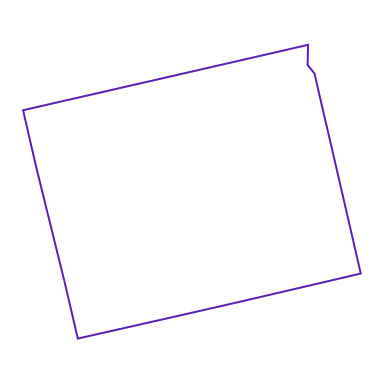 Saline, Kansas, United States of America (Mercator projection), rotated 347°
{"feature_id": "52423323B92463309420457", "entity_name": "Saline", "entity_type": "district", "adm_level": 2, "iso_a3": "USA", "parent_name": "United States of America", "parent_adm1": "Kansas", "projection": "mercator", "projection_center": [-97.646, 38.784], "detail": "fine", "context": "isolated", "style": "outline", "palette": "violet", "viewbox_px": 384, "rotation_deg": 347, "n_neighbors": 0, "source": "geoboundaries", "source_scale": "gbopen_adm2", "svg_char_len": 336}
<svg xmlns="http://www.w3.org/2000/svg" viewBox="0 0 384 384"><g transform="rotate(347 192 192)"><path d="M45.8,133.2L47.6,250.5L47.8,309.1L163.9,309.6L222.0,309.7L338.1,309.4L338.1,192.3L338.0,133.4L338.0,104.1L333.2,94.2L338.2,74.7L221.8,74.6L45.8,74.3L45.8,133.2L45.8,133.2Z" fill="none" stroke="#5b21b6" stroke-width="2"/></g></svg>